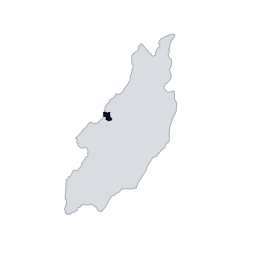 Selenge, Bulgan, Mongolia (highlighted), rotated 296°
{"feature_id": "93677404B49606497696804", "entity_name": "Selenge", "entity_type": "district", "adm_level": 2, "iso_a3": "MNG", "parent_name": "Mongolia", "parent_adm1": "Bulgan", "projection": "robinson", "projection_center": [104.347, 49.708], "detail": "medium", "context": "in_parent", "style": "filled", "palette": "ink", "viewbox_px": 256, "rotation_deg": 296, "n_neighbors": 0, "source": "geoboundaries", "source_scale": "gbopen_adm2", "svg_char_len": 4607}
<svg xmlns="http://www.w3.org/2000/svg" viewBox="0 0 256 256"><g transform="rotate(296 128 128)"><path d="M24.2,108.8L25.0,108.8L26.3,108.1L26.5,107.1L26.9,106.5L29.7,106.2L31.0,106.5L31.2,105.9L31.5,105.8L32.1,106.3L32.8,106.1L33.3,105.8L33.7,105.1L34.7,105.2L36.4,104.3L36.5,102.8L37.2,102.4L38.7,102.1L38.9,101.5L39.2,101.3L40.3,101.1L42.3,100.3L43.2,100.2L43.9,99.6L45.6,98.7L48.2,98.3L48.4,97.8L50.8,96.5L53.3,96.4L54.0,95.2L54.4,95.1L56.0,96.5L56.8,96.3L57.1,95.8L58.1,95.8L58.5,96.8L59.0,97.2L66.3,97.6L66.5,97.9L66.8,100.2L68.1,101.3L68.4,101.8L70.4,101.7L71.5,102.5L73.3,102.5L74.2,102.7L75.9,101.9L76.3,101.9L76.8,102.3L77.7,102.0L79.2,102.8L80.5,102.7L81.0,103.0L81.8,102.7L83.5,103.0L84.9,104.2L85.9,104.1L87.1,103.3L87.4,102.7L89.1,102.5L90.1,101.9L90.7,101.4L91.8,99.6L92.0,97.8L91.2,97.5L90.4,96.9L90.1,95.9L90.0,95.2L89.3,94.2L89.3,93.6L89.9,92.7L90.1,91.2L90.7,90.4L91.9,90.0L92.0,89.4L92.8,88.3L94.7,87.6L95.7,86.4L96.3,85.1L97.2,85.8L99.5,86.7L101.5,87.1L102.7,88.0L106.2,88.2L111.9,90.4L113.1,90.3L116.5,91.2L116.8,91.5L116.8,93.2L117.0,93.6L117.1,95.4L117.8,96.3L117.6,97.3L117.9,97.7L118.7,97.8L120.1,98.9L123.1,99.7L124.0,100.4L126.1,100.9L127.2,100.6L129.0,100.8L129.6,100.7L130.7,99.8L131.5,99.6L135.5,98.9L136.6,98.3L137.3,98.2L140.5,98.8L142.7,99.6L145.8,99.5L147.3,100.5L147.9,101.3L149.2,102.1L153.6,102.4L153.8,102.6L153.7,104.5L153.9,104.8L156.8,106.9L158.1,107.5L162.2,107.4L168.4,108.8L169.8,108.4L171.2,109.1L171.7,109.0L175.7,107.3L176.3,107.4L180.4,106.7L183.0,105.8L185.0,105.9L186.6,105.1L187.2,103.7L189.8,102.0L194.3,99.8L197.2,100.2L198.9,100.9L200.7,102.4L201.7,102.9L203.6,103.0L206.2,101.9L207.6,102.2L208.9,102.7L209.8,103.5L206.1,111.5L206.1,111.9L204.9,113.6L204.8,116.3L203.2,117.3L203.5,118.8L203.9,119.3L205.8,120.9L206.4,120.7L206.9,120.0L207.9,119.5L209.7,119.6L211.3,119.4L213.3,119.9L215.3,121.2L217.8,118.4L220.2,118.1L222.5,118.5L224.4,120.3L226.5,121.1L227.1,122.2L228.0,122.6L228.3,123.1L230.9,125.3L231.5,126.6L232.3,127.6L232.4,128.7L232.3,129.1L231.2,129.7L227.7,129.4L225.5,128.4L224.8,129.0L222.0,128.8L220.5,129.2L219.5,129.6L218.9,130.2L218.4,130.4L218.0,130.4L217.1,129.8L216.4,129.8L216.2,130.0L215.8,131.7L213.5,131.7L212.7,131.5L210.8,132.3L210.6,132.9L209.6,133.8L208.7,135.5L209.0,136.3L208.7,136.8L207.0,137.7L205.4,139.0L202.1,139.6L200.5,139.7L199.2,139.4L198.1,139.6L197.2,141.1L195.1,143.0L191.9,144.9L186.0,143.7L185.3,143.5L184.0,142.3L180.6,142.3L179.7,143.0L178.9,144.2L177.5,148.0L178.9,150.2L180.5,151.6L181.2,152.6L181.2,153.4L180.2,153.8L178.7,155.2L175.2,156.5L171.2,161.2L164.2,163.9L159.8,164.1L156.4,163.9L147.0,165.2L140.9,167.6L136.4,169.7L135.4,170.7L135.0,170.9L134.2,170.5L131.7,170.4L131.7,168.6L126.4,169.6L122.1,167.5L116.0,166.2L114.8,165.8L112.7,163.4L111.6,163.1L108.9,163.0L101.5,162.0L98.0,162.9L82.9,161.0L77.4,161.6L77.2,161.4L76.9,159.9L74.4,157.6L74.0,157.0L73.9,156.1L72.0,151.4L70.7,150.7L71.0,148.7L69.0,148.9L66.8,148.1L64.5,146.7L63.5,145.7L61.9,145.5L60.0,143.6L59.1,143.2L54.3,142.5L51.9,142.7L49.3,142.2L46.3,142.2L45.4,141.8L44.6,141.8L42.9,141.0L41.7,141.2L40.5,138.5L40.9,136.8L41.6,135.8L43.0,134.3L43.0,133.8L42.6,132.4L43.5,130.0L43.3,128.5L42.7,126.8L41.7,126.4L40.4,124.2L40.1,122.4L39.6,121.1L38.1,120.4L37.7,119.3L37.3,119.3L37.0,119.6L36.1,119.7L35.2,119.1L34.8,118.3L34.3,118.1L33.3,118.1L32.4,118.5L31.5,118.3L30.7,117.6L28.5,116.5L28.5,115.7L28.3,115.2L27.6,115.0L27.0,114.5L24.9,113.8L24.9,113.4L25.5,112.6L24.1,111.9L23.6,111.1L24.5,110.2L24.2,109.5L24.2,108.8Z" fill="#d9dde1" stroke="#a8b0b8" stroke-width="1"/><path d="M133.5,104.6L133.3,104.2L132.9,103.9L131.8,103.0L131.9,102.4L131.9,101.9L132.2,101.2L132.1,100.9L132.3,100.8L132.2,100.8L132.1,100.7L131.8,100.5L131.7,100.4L131.6,100.1L131.4,99.9L131.3,99.7L131.2,99.6L130.9,99.7L130.9,99.8L130.7,100.0L130.4,100.1L130.2,100.3L130.3,100.4L130.2,100.4L130.0,100.5L129.9,100.5L129.7,100.6L129.5,100.8L129.4,100.8L129.2,100.9L128.8,100.8L128.6,100.8L128.4,100.8L128.5,102.5L128.7,103.9L127.7,104.5L126.5,104.6L126.3,104.8L126.7,105.3L126.8,105.9L126.4,106.7L126.1,107.0L126.5,107.3L126.8,107.5L127.1,108.2L127.4,108.4L127.6,108.9L128.2,109.2L128.7,109.3L128.9,108.9L128.9,108.7L129.2,108.3L129.3,107.8L129.6,107.3L129.3,106.7L129.0,106.5L129.3,106.4L129.4,106.5L129.5,106.4L129.8,106.4L130.0,106.6L130.2,106.4L130.4,106.4L130.5,106.3L130.5,106.2L130.8,106.0L130.9,105.9L131.0,105.9L131.2,105.7L131.3,105.6L131.5,105.6L131.6,105.4L131.7,105.2L131.9,105.1L132.0,105.0L132.2,104.9L132.2,105.0L132.3,104.9L132.6,104.9L132.8,104.8L133.0,104.6L133.3,104.6L133.5,104.6Z" fill="#0f172a" stroke="#020617" stroke-width="1.5"/></g></svg>